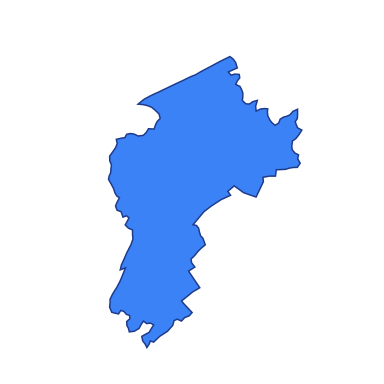 outline of Ipumirim, Santa Catarina, Brazil, rotated 56°
{"feature_id": "56859067B73959193279849", "entity_name": "Ipumirim", "entity_type": "district", "adm_level": 2, "iso_a3": "BRA", "parent_name": "Brazil", "parent_adm1": "Santa Catarina", "projection": "mercator", "projection_center": [-52.147, -27.04], "detail": "fine", "context": "isolated", "style": "filled", "palette": "blue", "viewbox_px": 384, "rotation_deg": 56, "n_neighbors": 0, "source": "geoboundaries", "source_scale": "gbopen_adm2", "svg_char_len": 2519}
<svg xmlns="http://www.w3.org/2000/svg" viewBox="0 0 384 384"><g transform="rotate(56 192 192)"><path d="M246.8,325.8L249.3,323.7L252.0,321.1L250.4,317.3L252.8,315.3L256.8,314.8L259.4,312.8L262.3,314.4L262.9,318.6L266.2,320.6L269.3,320.9L272.9,322.2L275.2,317.7L275.5,312.2L273.3,308.0L271.9,304.4L275.7,303.2L277.5,299.7L280.7,298.1L282.5,302.1L284.4,306.1L283.9,310.6L283.6,314.4L287.8,316.1L291.9,315.9L295.7,316.4L294.1,312.4L292.2,310.0L295.0,307.7L293.6,299.5L293.8,290.3L291.8,282.5L288.6,278.8L289.2,275.4L293.1,272.9L292.0,268.3L293.1,263.8L292.0,259.3L280.5,261.2L276.5,261.6L275.2,247.1L275.7,239.1L255.7,239.1L255.8,231.6L250.5,231.9L247.1,230.3L246.1,225.1L244.6,220.3L243.7,215.6L243.2,210.5L236.4,208.8L233.1,209.4L229.4,208.2L225.8,206.8L222.3,207.0L219.7,209.4L215.0,193.1L214.4,183.7L214.6,172.2L216.3,161.9L211.5,161.9L210.5,153.6L221.4,149.6L232.0,141.7L223.4,127.1L219.5,124.9L222.2,118.8L225.5,113.9L220.7,109.7L225.5,101.8L226.6,98.1L228.2,94.5L230.5,90.9L228.6,86.2L223.6,85.8L220.7,82.9L217.6,84.8L213.2,85.3L210.0,83.8L205.9,80.2L205.8,76.1L204.2,71.0L202.1,66.3L197.8,68.6L194.4,67.9L191.4,67.1L190.1,63.7L186.6,61.0L182.4,58.2L181.6,63.2L182.8,67.7L182.2,71.1L181.1,74.2L180.9,78.2L183.3,81.5L183.2,85.8L179.5,86.9L176.4,87.2L171.6,86.7L168.0,84.9L165.4,82.7L163.3,85.3L161.5,88.8L160.8,93.6L156.4,91.2L152.6,86.6L151.1,91.1L151.2,95.1L149.1,98.0L144.4,99.1L141.3,96.5L138.4,94.5L134.9,93.6L131.2,93.2L127.3,95.6L125.2,92.2L124.1,88.6L121.0,87.1L118.2,90.5L117.0,94.3L112.8,94.8L113.6,90.0L114.5,85.1L109.1,83.4L104.9,83.5L100.9,84.8L99.4,95.8L98.0,109.7L97.2,116.9L96.8,123.5L95.8,127.9L95.1,132.4L94.5,136.9L93.4,143.8L92.8,147.8L91.4,157.2L90.4,164.2L89.5,169.3L88.9,173.9L88.3,180.0L89.0,187.6L92.8,183.0L96.0,180.2L99.4,178.0L104.0,176.7L108.9,175.7L113.3,177.3L114.0,181.3L115.7,184.4L118.6,188.2L115.2,192.7L117.0,196.4L117.8,200.7L115.5,205.3L111.6,207.6L109.1,210.3L107.6,213.9L109.4,217.2L107.8,220.6L106.0,225.3L109.9,226.8L112.4,230.3L114.2,234.8L116.2,240.2L120.2,242.8L124.6,243.7L127.5,246.3L130.6,248.7L132.3,251.6L134.9,254.2L139.8,254.5L145.1,255.1L149.9,256.4L153.3,256.6L156.2,255.4L158.8,260.2L160.9,263.3L165.2,264.3L168.7,261.8L174.2,263.3L175.1,259.6L178.2,258.7L180.0,262.0L182.0,265.8L186.6,264.9L190.1,262.5L194.0,265.1L197.9,267.2L201.5,272.0L205.9,280.0L211.0,288.0L212.9,291.2L216.4,295.0L217.7,289.6L223.2,297.7L225.8,301.7L228.8,307.3L232.1,314.7L235.0,319.8L238.2,322.0L241.4,324.7L246.8,325.8Z" fill="#3b82f6" stroke="#1e3a8a" stroke-width="1.5"/></g></svg>